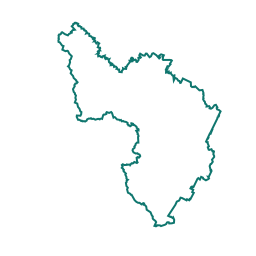 Tenterfield, New South Wales, Australia, rotated 286°
{"feature_id": "25037944B39208221478861", "entity_name": "Tenterfield", "entity_type": "district", "adm_level": 2, "iso_a3": "AUS", "parent_name": "Australia", "parent_adm1": "New South Wales", "projection": "mercator", "projection_center": [152.357, -28.838], "detail": "fine", "context": "isolated", "style": "outline", "palette": "teal", "viewbox_px": 256, "rotation_deg": 286, "n_neighbors": 0, "source": "geoboundaries", "source_scale": "gbopen_adm2", "svg_char_len": 5898}
<svg xmlns="http://www.w3.org/2000/svg" viewBox="0 0 256 256"><g transform="rotate(286 128 128)"><path d="M204.9,151.6L205.2,151.0L204.9,149.1L203.1,143.1L203.5,142.5L205.4,142.2L205.9,141.5L207.0,142.3L207.8,142.4L207.9,139.5L206.2,138.1L204.4,139.4L203.5,138.8L205.8,135.2L206.9,131.8L206.2,130.8L203.2,130.3L202.0,129.2L204.7,125.5L204.4,124.6L202.2,124.1L201.9,122.4L202.8,119.2L201.1,118.8L199.4,120.9L198.8,120.5L199.0,119.3L198.4,118.6L196.5,119.5L194.1,118.7L193.9,117.9L195.5,116.9L195.8,116.2L194.1,114.1L196.2,113.7L196.7,112.9L196.5,112.0L195.5,111.7L193.2,113.5L192.9,112.8L193.6,111.8L193.2,110.9L192.1,111.7L188.0,110.0L187.0,110.0L186.0,108.9L185.2,109.8L184.3,109.9L183.8,107.8L184.0,106.8L183.0,107.2L181.4,106.4L179.9,106.6L179.5,104.2L181.7,103.4L181.3,102.5L182.0,101.5L181.7,100.7L182.9,100.7L183.6,99.6L183.6,98.7L182.9,97.8L184.2,97.2L184.3,96.1L185.1,95.5L184.3,95.0L184.8,94.6L183.9,93.9L185.5,93.4L186.6,93.7L185.5,92.8L186.1,91.6L187.8,90.8L189.0,91.0L188.5,90.3L188.9,89.3L188.4,87.8L188.8,87.4L189.5,88.1L189.7,86.9L188.7,86.8L190.0,85.5L191.1,85.6L189.8,83.6L188.8,83.6L188.8,82.3L189.5,81.0L188.7,79.6L190.4,79.0L191.5,79.4L191.7,79.1L191.4,78.4L192.2,79.0L193.1,77.9L193.6,78.1L193.6,79.0L194.5,78.9L194.8,79.7L195.3,79.0L196.9,79.3L197.3,79.1L196.9,78.5L197.3,76.7L198.3,77.0L199.7,76.4L201.4,77.0L202.0,75.0L200.6,74.2L202.4,72.2L202.2,71.8L202.8,72.1L202.9,71.6L202.6,71.5L204.2,71.4L203.6,70.3L203.9,69.6L204.4,69.4L205.3,70.2L205.3,68.1L206.0,67.1L205.8,65.5L207.9,64.7L207.8,63.1L208.2,62.7L207.4,61.7L208.8,61.8L209.7,60.9L209.7,59.4L210.4,59.1L210.3,58.5L211.3,57.9L210.7,55.9L212.2,55.3L212.1,54.5L212.7,53.6L212.3,52.5L212.8,52.2L212.6,51.9L213.6,50.9L214.5,51.2L214.8,48.8L214.4,47.8L213.6,48.0L212.9,46.7L211.7,46.8L210.3,45.9L207.8,49.8L206.8,47.8L205.7,47.3L204.4,47.6L204.4,46.6L203.3,46.8L202.2,45.4L200.5,44.7L200.8,41.6L201.9,38.3L201.5,37.8L199.8,37.5L199.1,36.9L199.0,36.1L197.9,35.7L196.5,36.4L195.2,36.4L194.5,37.1L193.2,36.9L191.6,37.5L191.5,38.9L189.1,41.9L189.0,43.4L185.2,43.3L184.6,46.8L185.5,48.3L185.4,49.1L183.3,51.0L181.5,54.2L178.4,54.0L177.2,53.2L175.2,54.2L172.2,54.1L170.7,53.4L170.4,54.4L168.3,56.3L167.9,57.9L164.8,57.8L162.8,60.9L161.1,62.0L159.6,65.0L159.2,65.1L158.1,66.9L156.7,66.3L156.3,65.2L154.4,64.6L153.5,65.3L150.2,64.4L147.7,65.9L146.8,67.4L145.8,67.7L144.9,69.0L142.4,69.1L141.1,70.1L137.8,69.9L137.5,72.5L134.5,74.1L133.2,76.0L130.9,77.6L130.5,78.8L128.3,79.2L126.7,78.9L125.9,75.4L124.6,75.6L122.1,77.8L122.5,79.1L121.8,81.1L122.3,81.6L121.9,82.7L122.5,83.8L122.4,85.0L123.7,86.2L125.0,86.3L126.3,87.7L126.6,89.2L127.2,89.7L126.7,90.9L127.4,92.3L127.0,94.3L128.6,96.8L128.5,98.4L129.1,98.6L129.8,100.1L129.7,100.6L133.6,100.6L134.4,101.2L134.4,101.9L135.5,103.3L136.8,102.9L137.4,103.2L137.3,105.7L138.7,107.4L138.0,108.5L134.1,111.1L134.6,111.4L134.8,112.4L133.2,115.1L133.5,117.5L133.1,118.2L133.8,119.0L132.7,120.3L133.4,121.4L133.1,122.3L133.3,124.5L132.8,126.2L131.4,126.6L131.2,127.5L130.6,127.7L130.7,128.9L130.3,129.6L131.8,130.9L133.4,129.9L133.6,130.3L133.1,130.9L133.4,131.8L132.4,132.7L132.6,133.3L131.6,135.8L130.5,136.3L129.7,138.5L128.5,138.8L128.4,137.4L127.7,136.6L125.6,138.9L124.8,138.8L123.9,140.0L122.9,140.4L122.2,140.1L116.8,142.0L116.4,140.6L114.6,139.7L113.5,139.9L112.0,139.2L111.5,139.7L110.6,139.7L109.0,138.5L107.6,138.6L106.1,140.0L105.6,142.5L106.3,144.1L105.7,145.0L105.7,146.3L105.0,147.1L104.3,147.5L102.6,146.8L102.4,146.2L102.8,145.4L101.8,144.5L98.4,145.9L97.6,146.7L96.8,146.2L97.1,143.4L95.7,142.9L95.1,142.1L95.3,141.5L94.6,140.9L92.9,140.3L93.4,139.8L92.5,137.6L92.7,137.0L92.1,136.7L91.4,134.7L91.7,133.0L90.7,132.3L89.3,133.5L88.0,133.0L87.4,134.6L86.5,135.0L86.5,135.6L85.2,135.7L83.6,138.6L82.4,138.3L80.4,140.1L79.4,140.2L78.5,140.9L78.2,142.1L76.9,141.2L75.7,141.6L74.7,141.1L71.8,142.5L70.5,144.3L68.8,144.0L65.8,145.8L65.4,148.2L64.6,149.2L64.8,149.9L60.5,154.2L59.3,156.4L58.9,158.3L59.3,159.7L58.3,162.0L60.0,163.4L59.9,164.3L58.7,164.4L58.9,164.8L57.6,167.1L54.6,168.5L53.2,172.9L50.4,175.1L49.8,176.2L48.2,176.5L47.3,177.3L46.2,180.0L45.3,181.0L41.2,180.4L41.2,181.9L41.5,182.4L42.2,182.2L42.6,183.0L43.2,185.6L42.8,186.7L45.2,190.2L46.3,191.2L47.9,191.5L48.3,192.0L48.6,193.2L47.6,193.9L48.5,196.5L49.6,198.3L52.5,197.7L54.6,196.0L53.8,195.6L54.6,193.6L54.2,193.2L54.6,190.8L67.2,194.7L70.7,195.2L72.4,197.2L75.5,197.7L75.6,199.1L74.6,204.2L75.8,204.4L75.4,206.7L76.8,206.9L76.7,207.6L83.8,209.1L84.1,207.4L86.6,207.7L87.1,204.7L88.8,205.0L89.4,205.7L88.8,206.5L89.2,207.2L98.3,208.8L99.2,209.4L98.3,211.3L101.2,211.8L100.9,213.7L100.0,214.2L99.2,217.3L101.6,219.9L101.5,220.3L103.2,218.4L103.3,219.1L109.4,220.1L109.5,219.5L110.1,219.6L110.2,219.0L110.8,219.1L110.8,218.7L113.9,217.0L116.1,217.3L116.4,217.9L118.9,218.8L120.7,217.5L123.9,218.8L124.9,218.5L126.4,217.2L129.1,217.1L129.4,216.7L128.8,215.7L130.6,214.1L129.3,212.1L129.4,211.5L131.5,210.0L132.7,210.8L135.8,208.4L136.3,208.5L136.3,207.2L135.6,206.7L139.3,207.2L139.7,207.8L140.8,208.0L140.9,207.5L145.4,208.2L145.3,209.0L148.8,209.4L148.5,208.9L162.0,211.3L162.9,211.1L164.1,212.1L164.9,212.1L165.0,211.6L169.5,212.4L170.4,210.3L170.5,208.5L171.6,207.7L172.5,208.2L174.5,206.1L173.7,204.8L170.6,203.6L169.4,202.4L169.4,201.0L170.6,201.0L171.4,200.0L170.3,197.6L171.4,197.5L172.3,196.7L172.6,195.6L174.6,194.5L175.0,193.5L176.5,192.2L177.3,192.5L178.4,191.8L180.5,191.7L181.4,190.8L182.3,191.0L185.1,189.1L183.9,186.3L186.6,181.1L185.5,180.2L185.7,179.6L185.0,178.4L185.6,177.0L189.2,175.8L190.7,167.1L186.0,166.3L185.7,165.8L187.4,164.4L187.3,163.3L188.8,161.5L189.2,159.4L186.4,158.9L189.5,157.6L190.9,158.3L191.4,158.1L190.6,157.0L190.7,156.3L192.1,154.3L193.0,153.9L192.0,152.9L191.9,151.9L193.6,151.6L193.1,150.0L192.0,149.9L191.7,149.3L193.7,148.8L195.3,149.5L195.0,148.4L198.2,148.9L198.0,150.0L201.0,151.3L201.4,150.6L204.9,151.6Z" fill="none" stroke="#0f766e" stroke-width="2"/></g></svg>